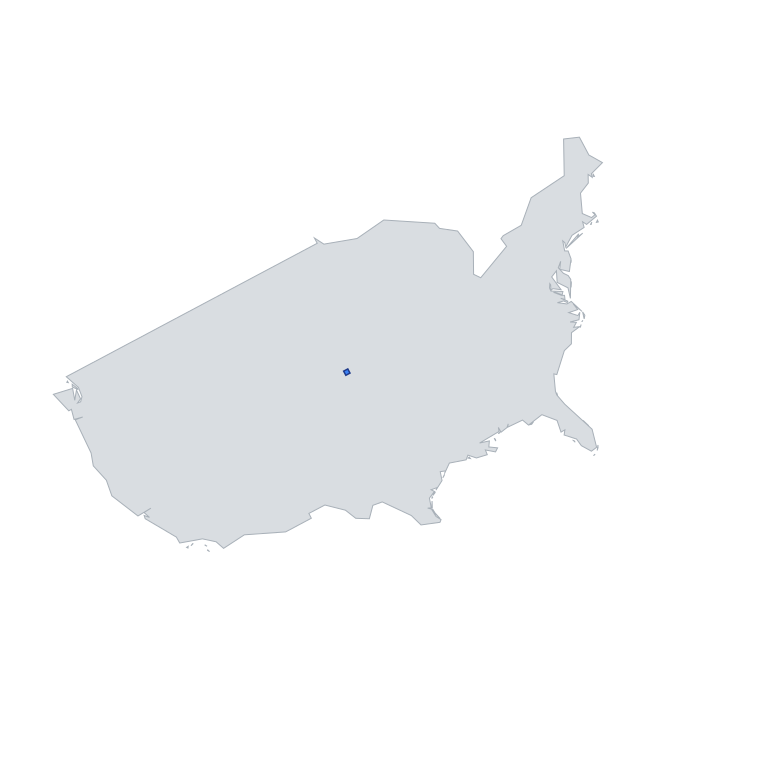 Webster, Nebraska, United States of America (highlighted), rotated 332°
{"feature_id": "52423323B11090231595131", "entity_name": "Webster", "entity_type": "district", "adm_level": 2, "iso_a3": "USA", "parent_name": "United States of America", "parent_adm1": "Nebraska", "projection": "mercator", "projection_center": [-98.589, 40.176], "detail": "fine", "context": "in_parent", "style": "filled", "palette": "blue", "viewbox_px": 768, "rotation_deg": 332, "n_neighbors": 0, "source": "geoboundaries", "source_scale": "gbopen_adm2", "svg_char_len": 4045}
<svg xmlns="http://www.w3.org/2000/svg" viewBox="0 0 768 768"><g transform="rotate(332 384 384)"><path d="M601.4,288.6L640.9,284.7L657.6,252.0L672.4,257.8L672.4,278.0L680.8,291.1L665.8,295.7L664.9,299.3L662.6,294.8L658.7,302.5L647.1,307.7L639.1,326.6L645.4,334.5L649.8,333.6L648.7,330.1L650.1,331.7L650.4,335.6L637.8,338.2L635.5,334.0L634.2,339.7L619.8,341.0L608.8,348.3L610.0,344.1L609.0,341.5L606.0,351.3L609.0,353.0L607.9,361.3L600.5,371.7L593.0,365.2L597.6,358.6L592.4,363.2L594.4,370.5L597.5,374.7L598.0,379.3L588.8,395.9L591.6,385.5L584.6,375.6L589.4,365.0L582.3,368.2L584.6,383.8L577.8,379.1L575.4,379.6L577.7,374.7L577.5,373.2L575.2,377.0L575.0,380.3L585.4,386.3L583.1,389.0L578.5,383.6L576.7,382.7L582.5,389.2L585.0,390.5L583.5,394.3L580.3,391.3L585.2,397.2L584.0,398.0L581.6,395.0L575.3,393.6L583.1,399.2L588.1,399.0L592.9,412.9L588.7,402.2L590.0,409.2L580.6,407.7L587.3,414.6L590.6,412.6L586.3,418.8L577.4,416.6L582.8,419.9L578.1,423.0L583.6,425.2L573.6,426.7L568.3,436.5L558.9,439.2L541.0,456.8L538.7,454.8L532.0,470.8L531.4,474.7L534.1,486.7L546.5,521.6L542.0,539.7L535.6,540.7L529.3,531.1L528.2,523.0L519.1,513.6L522.2,509.4L517.7,509.6L519.7,497.4L509.0,485.2L492.3,488.1L489.4,480.9L472.9,480.2L475.0,477.5L472.1,480.2L464.7,481.5L464.6,476.0L463.3,479.9L440.7,481.0L450.3,483.7L447.0,488.8L454.3,493.7L450.6,496.3L442.5,489.8L442.0,494.9L430.9,492.7L424.7,486.2L420.9,489.5L404.6,484.5L395.2,491.6L397.6,489.6L392.5,487.8L389.9,496.5L380.0,502.1L382.3,500.4L375.9,499.5L378.1,502.5L370.5,506.1L367.6,515.6L364.3,514.1L367.2,516.7L367.7,525.3L370.7,530.5L368.5,532.4L350.5,525.8L346.4,513.0L327.1,487.3L317.2,485.9L307.8,496.1L296.0,489.3L290.7,477.3L275.0,463.1L256.9,463.0L256.8,468.4L227.7,468.4L189.9,451.6L165.2,453.8L161.7,444.5L151.0,435.5L129.0,428.5L128.8,421.7L109.9,390.8L110.5,387.5L114.3,391.7L111.8,384.8L119.9,384.2L104.8,385.0L91.2,355.0L93.7,338.6L88.9,319.8L93.0,307.4L94.6,270.7L102.5,271.7L93.7,269.8L96.1,259.6L93.1,259.7L87.2,237.9L107.0,241.7L103.3,253.2L109.6,245.0L109.1,254.6L104.5,256.9L107.8,257.3L111.4,253.4L112.6,243.6L106.9,228.4L391.1,228.4L391.1,222.4L396.6,232.3L428.5,242.9L460.8,239.1L504.3,265.9L506.1,272.7L520.8,283.5L525.0,309.1L514.6,329.2L519.3,335.6L556.9,320.0L555.5,310.6L558.9,309.0L579.7,308.3L601.4,288.6ZM624.0,345.1L630.3,344.1L608.4,349.8L626.4,342.8L624.0,345.1ZM108.6,237.8L111.3,244.0L111.1,245.0L107.4,240.3L108.6,237.8ZM370.4,529.1L368.0,521.5L368.2,517.1L368.5,521.7L370.4,529.1ZM667.3,296.5L667.2,299.5L666.2,298.8L667.3,296.5ZM424.9,488.5L425.3,490.4L423.5,488.9L424.9,488.5ZM137.6,436.2L140.1,435.1L140.3,435.4L137.6,436.2ZM134.9,435.4L133.9,436.8L133.0,435.6L134.9,435.4ZM643.5,338.6L641.8,340.4L641.3,340.0L643.5,338.6ZM369.6,513.1L368.2,516.6L371.5,509.9L369.6,513.1ZM542.9,510.2L545.2,517.0L542.5,509.5L542.9,510.2ZM150.5,442.2L151.6,444.2L150.3,442.4L150.5,442.2ZM543.1,540.7L541.0,542.8L544.3,538.3L543.1,540.7ZM593.6,417.6L591.3,420.5L593.2,413.6L593.6,417.6ZM105.8,232.8L105.9,234.6L104.7,233.7L105.8,232.8ZM378.2,503.9L374.7,505.4L378.3,503.3L378.2,503.9ZM649.4,339.5L649.3,341.5L647.4,341.0L649.4,339.5ZM150.5,447.7L151.3,450.1L150.1,448.0L150.5,447.7ZM373.8,506.8L372.4,507.6L373.6,506.2L373.8,506.8ZM597.0,382.5L594.5,386.6L597.4,381.0L597.0,382.5ZM394.1,493.1L391.8,494.5L395.1,492.1L394.1,493.1ZM532.4,472.7L531.9,475.6L531.7,473.6L532.4,472.7ZM584.4,425.7L583.6,426.3L586.0,424.0L584.4,425.7ZM498.3,487.5L495.5,488.9L494.4,488.6L498.3,487.5ZM463.6,481.0L463.1,481.5L461.5,481.4L463.6,481.0ZM525.2,523.2L525.5,525.2L524.7,522.8L525.2,523.2ZM456.4,485.1L455.9,486.9L455.8,483.6L456.4,485.1ZM536.8,545.4L535.3,545.6L537.4,545.0L536.8,545.4ZM607.3,362.7L606.1,364.7L607.6,361.8L607.3,362.7ZM589.5,421.1L588.5,421.8L588.3,421.7L589.5,421.1Z" fill="#d9dde1" stroke="#a8b0b8" stroke-width="1"/><path d="M356.7,358.4L356.8,358.4L359.1,358.4L359.1,353.7L354.4,353.7L354.4,358.4L354.6,358.4L354.8,358.4L355.0,358.4L355.3,358.4L355.6,358.4L355.8,358.4L356.0,358.4L356.3,358.4L356.5,358.4L356.7,358.4Z" fill="#3b82f6" stroke="#1e3a8a" stroke-width="1.5"/></g></svg>